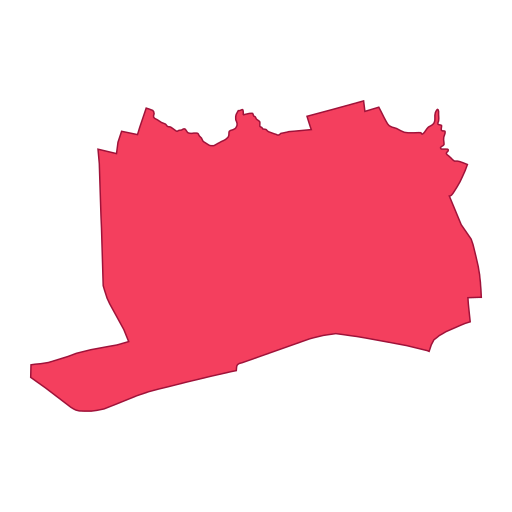 My Tho, Tiền Giang, Vietnam (Mercator projection)
{"feature_id": "81297802B97193335039618", "entity_name": "My Tho", "entity_type": "district", "adm_level": 2, "iso_a3": "VNM", "parent_name": "Vietnam", "parent_adm1": "Tiền Giang", "projection": "mercator", "projection_center": [106.365, 10.362], "detail": "fine", "context": "isolated", "style": "filled", "palette": "rose", "viewbox_px": 512, "rotation_deg": 0, "n_neighbors": 0, "source": "geoboundaries", "source_scale": "gbopen_adm2", "svg_char_len": 4121}
<svg xmlns="http://www.w3.org/2000/svg" viewBox="0 0 512 512"><path d="M30.7,377.4L45.5,387.9L70.9,407.3L73.9,409.1L76.0,410.1L79.2,410.9L84.0,411.1L91.4,411.1L96.7,410.4L104.1,408.9L121.4,402.0L136.9,395.7L148.7,391.7L158.4,389.1L168.8,386.6L185.7,382.3L211.1,376.2L231.3,371.6L236.3,370.6L236.6,367.1L236.9,365.6L237.7,364.5L239.2,363.5L242.2,362.7L309.7,338.8L313.8,337.7L323.4,335.4L328.8,334.6L331.1,334.3L335.8,333.6L343.3,334.6L350.8,335.7L356.8,336.5L365.6,338.0L385.8,341.7L406.7,345.6L427.2,350.6L429.1,351.4L431.3,344.8L433.3,341.0L433.8,339.9L436.8,337.6L439.2,335.6L442.4,333.8L445.9,331.7L450.0,329.9L455.5,327.5L460.5,325.3L465.1,323.4L470.2,321.8L470.0,320.0L468.7,307.6L468.3,303.4L467.9,297.7L479.3,297.3L481.3,297.3L480.9,289.2L480.6,285.7L480.4,282.2L479.9,278.1L479.6,274.7L478.8,270.1L478.3,266.8L476.7,259.8L475.8,255.9L473.9,248.1L473.0,244.5L471.8,241.0L471.2,239.2L467.9,234.4L461.2,224.7L449.3,196.0L450.4,195.8L451.5,195.1L453.0,193.3L454.8,190.5L457.0,187.0L460.0,181.8L462.5,176.5L465.2,170.5L467.4,164.5L463.2,162.8L459.5,161.5L457.5,161.1L454.5,161.1L453.9,160.7L453.1,160.1L452.1,159.2L451.2,158.2L448.7,155.9L447.1,154.7L446.4,153.7L446.4,153.1L446.7,152.4L447.5,151.7L448.2,150.8L448.2,149.7L447.6,149.2L446.0,149.1L444.7,149.1L441.6,149.1L441.0,148.8L440.6,148.2L440.5,147.6L441.1,146.9L442.0,146.2L443.3,145.4L444.0,144.5L444.0,143.2L443.8,141.4L443.6,139.5L443.8,137.0L444.5,135.0L445.0,133.4L445.1,132.1L445.0,131.3L444.4,131.0L443.5,130.9L442.4,130.9L442.2,130.7L441.7,130.5L441.4,130.2L441.3,129.8L441.3,128.1L441.5,127.2L441.6,126.0L441.5,125.4L440.8,125.1L440.1,124.9L438.9,124.7L438.0,124.2L437.9,123.7L437.9,122.8L438.6,121.0L438.8,118.4L438.6,114.4L438.6,111.4L438.2,109.9L437.8,109.6L437.4,109.4L436.7,110.1L436.1,111.1L435.4,112.5L434.9,115.2L434.9,118.9L434.8,120.6L434.4,122.0L433.8,123.3L432.8,124.4L431.6,125.3L430.2,126.1L429.2,126.6L428.4,127.1L427.1,128.5L425.6,130.6L424.5,132.2L423.9,132.9L423.4,133.3L422.6,134.0L422.1,134.1L421.5,133.7L421.1,133.0L420.8,132.7L420.0,132.7L419.1,132.6L414.1,132.8L408.2,132.8L404.3,132.3L400.7,130.7L396.6,128.5L394.4,127.8L391.9,127.1L389.2,125.7L387.6,123.9L385.7,120.6L383.9,117.2L381.2,111.8L378.8,107.2L364.9,111.4L363.6,100.9L333.5,109.2L307.0,116.3L308.7,121.8L310.4,127.1L311.3,129.6L294.1,131.2L288.9,131.6L286.8,132.2L285.6,132.4L283.9,132.8L282.8,133.0L280.8,133.4L279.4,134.7L278.2,135.1L277.4,135.0L276.0,134.3L274.5,133.9L268.5,131.7L267.5,131.0L266.2,129.6L265.2,129.3L263.7,129.1L262.9,129.0L262.2,128.0L261.6,127.3L260.5,126.9L259.9,126.4L259.8,125.3L259.9,122.7L259.7,121.7L258.8,120.8L256.9,119.5L256.1,118.7L255.8,117.8L255.3,116.9L254.7,116.5L253.9,116.2L253.5,115.5L252.9,113.9L252.6,113.4L251.8,113.3L249.5,113.4L244.5,114.5L243.7,114.8L243.3,114.5L243.3,113.2L243.2,111.2L242.9,110.1L242.6,109.6L242.1,109.6L241.1,110.0L239.7,110.6L238.3,110.6L237.2,112.5L236.2,114.4L235.7,116.5L235.7,118.6L235.8,119.9L236.6,121.8L237.1,123.6L237.0,125.5L236.0,127.6L235.1,128.6L233.0,129.7L230.4,130.5L229.3,131.3L229.0,132.1L228.9,134.4L228.7,135.8L228.0,137.3L225.5,139.5L224.6,140.0L223.5,140.6L221.4,141.5L219.5,142.6L217.9,143.4L217.2,143.8L216.2,144.4L214.0,145.6L213.4,145.7L211.9,145.7L210.3,145.6L209.1,145.2L206.9,143.8L203.6,141.7L202.9,141.0L202.1,139.4L201.5,138.1L200.5,137.1L199.4,136.0L198.9,135.2L198.3,133.9L197.6,133.3L196.6,133.1L193.7,133.1L191.8,133.4L189.9,133.3L188.3,132.9L187.5,132.4L186.0,130.2L185.3,129.2L184.1,128.8L182.9,129.2L181.6,130.0L180.4,130.2L179.1,130.3L178.0,130.8L177.3,131.3L176.5,131.2L175.2,130.3L172.5,128.3L170.7,127.1L169.6,126.8L168.3,126.7L167.3,126.3L166.3,125.0L165.5,124.1L163.1,123.1L161.5,122.5L157.4,119.8L154.7,118.4L153.6,117.2L153.6,115.5L154.1,113.8L153.7,111.7L152.7,110.4L149.3,109.1L146.2,108.1L139.7,127.4L137.5,134.6L121.6,131.3L118.0,142.2L116.5,153.6L107.7,151.5L98.0,149.2L99.3,163.6L101.0,216.6L101.5,228.1L103.2,285.7L104.5,290.1L107.1,298.2L109.7,303.8L123.8,329.5L128.7,341.6L116.8,345.0L109.3,346.3L90.9,349.7L76.4,353.3L67.9,356.5L48.4,362.5L40.8,363.7L35.1,364.2L31.0,364.8L30.7,377.4Z" fill="#f43f5e" stroke="#9f1239" stroke-width="1.5"/></svg>